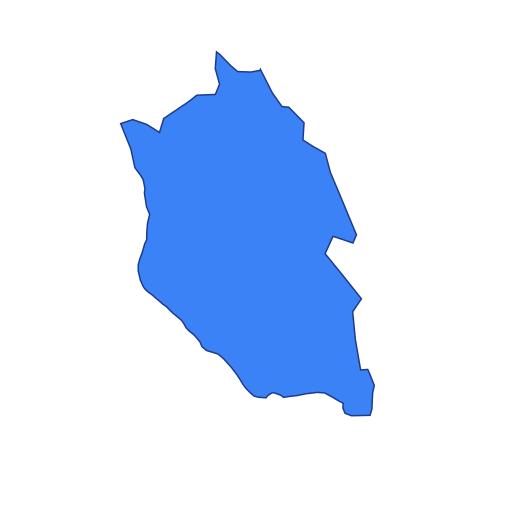 Ed Al Fursan, Southern Darfur, Sudan (Equal Earth projection), rotated 149°
{"feature_id": "16777658B67455933132274", "entity_name": "Ed Al Fursan", "entity_type": "district", "adm_level": 2, "iso_a3": "SDN", "parent_name": "Sudan", "parent_adm1": "Southern Darfur", "projection": "equal_earth", "projection_center": [24.402, 11.715], "detail": "fine", "context": "isolated", "style": "filled", "palette": "blue", "viewbox_px": 512, "rotation_deg": 149, "n_neighbors": 0, "source": "geoboundaries", "source_scale": "gbopen_adm2", "svg_char_len": 1478}
<svg xmlns="http://www.w3.org/2000/svg" viewBox="0 0 512 512"><g transform="rotate(149 256 256)"><path d="M260.7,75.3L256.4,69.9L240.3,60.7L235.6,65.0L226.6,78.5L221.3,84.1L219.4,95.3L218.6,101.2L222.2,103.0L225.0,104.5L213.9,133.1L201.9,158.4L187.7,165.0L191.8,196.1L195.6,222.4L179.8,233.2L166.2,217.2L159.0,222.4L153.0,262.7L149.2,289.4L143.7,308.3L150.9,320.9L156.0,331.2L146.2,345.5L151.3,366.7L156.8,370.7L158.0,387.6L156.1,413.8L157.0,413.1L158.4,413.6L165.6,416.3L176.7,423.5L179.6,431.9L183.2,447.4L184.7,451.3L194.4,437.6L198.7,422.1L207.6,415.4L223.9,424.3L234.1,423.0L264.3,421.4L275.1,411.6L281.8,424.9L291.4,436.4L303.8,439.2L308.2,412.0L314.3,394.1L313.4,384.4L313.4,379.5L316.5,370.9L319.2,367.5L324.4,354.8L325.7,346.5L332.3,339.7L337.5,332.4L341.4,326.2L345.2,323.7L351.5,317.8L357.1,313.3L361.5,309.1L364.6,304.0L367.5,295.0L368.3,288.9L368.3,285.5L367.3,281.6L365.0,276.0L360.6,262.5L358.9,258.9L357.7,253.7L356.6,249.6L354.6,244.0L352.9,239.0L352.7,234.5L352.9,230.5L351.9,226.1L349.7,220.1L348.8,215.1L348.3,210.9L349.0,206.2L347.2,200.6L342.1,195.0L339.1,191.6L336.7,184.8L335.4,177.8L334.5,173.3L333.5,164.6L333.3,158.5L333.3,152.6L332.7,147.3L331.2,141.1L329.8,136.9L326.2,133.3L320.4,129.3L317.7,130.3L314.8,130.4L312.3,130.4L310.1,128.5L306.4,123.8L305.2,120.6L298.9,118.1L292.9,115.3L284.1,112.2L273.7,107.5L267.7,103.3L263.3,95.8L260.4,90.4L257.1,84.7L259.8,81.1L260.6,75.8L260.7,75.3Z" fill="#3b82f6" stroke="#1e3a8a" stroke-width="1.5"/></g></svg>